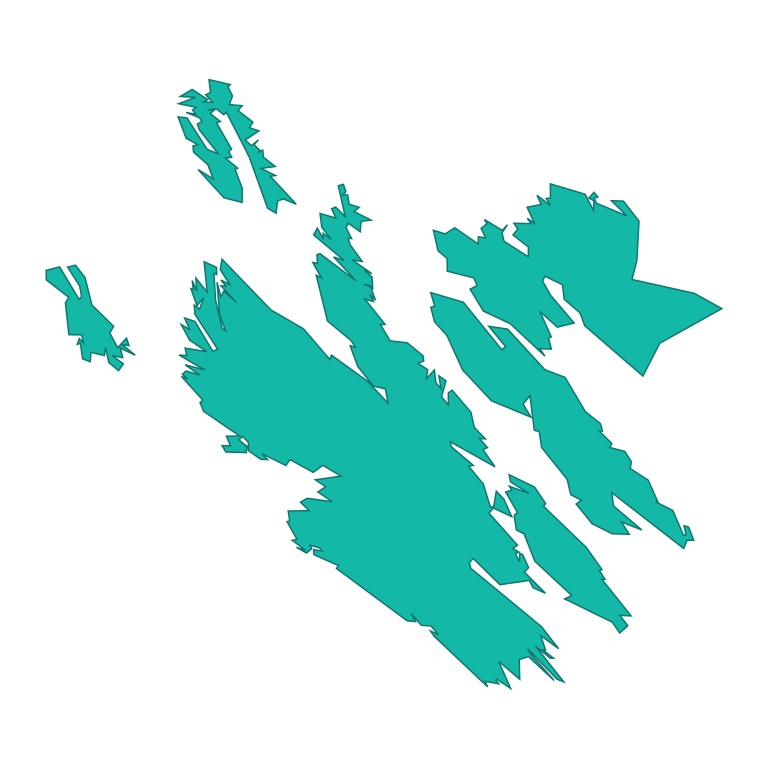 Austrheim nor, Norway
{"feature_id": "86288312B90213483192723", "entity_name": "Austrheim nor", "entity_type": "district", "adm_level": 2, "iso_a3": "NOR", "parent_name": "Norway", "parent_adm1": "", "projection": "mercator", "projection_center": [4.933, 60.784], "detail": "fine", "context": "isolated", "style": "filled", "palette": "teal", "viewbox_px": 768, "rotation_deg": 0, "n_neighbors": 0, "source": "geoboundaries", "source_scale": "gbopen_adm2", "svg_char_len": 6092}
<svg xmlns="http://www.w3.org/2000/svg" viewBox="0 0 768 768"><path d="M345.9,191.9L343.4,184.4L338.3,185.7L345.2,216.5L335.7,207.1L331.6,208.8L336.0,218.1L320.0,213.5L321.8,227.4L331.4,239.4L323.1,233.3L323.5,239.3L317.3,228.1L313.7,235.0L344.1,260.4L333.7,257.0L356.0,280.9L319.9,253.6L316.9,254.7L317.5,263.4L312.8,262.5L321.4,277.8L316.2,275.2L327.5,321.0L350.9,340.4L355.4,347.2L350.2,345.8L357.6,366.2L373.3,386.1L385.4,388.9L388.1,403.3L367.6,381.3L331.4,355.1L329.8,359.5L303.5,328.8L271.0,310.0L222.0,259.2L220.2,269.6L229.8,284.6L220.9,280.0L225.9,286.1L221.0,285.8L236.4,302.5L223.8,291.2L220.9,296.8L217.0,282.2L219.6,314.8L225.6,330.8L222.1,328.1L215.6,300.3L213.9,273.3L216.7,274.5L216.6,267.4L204.1,261.7L207.2,292.1L195.9,278.1L196.7,290.9L192.2,280.5L193.3,289.5L190.9,288.7L197.0,305.6L203.6,297.8L199.6,309.1L194.2,305.1L194.9,314.2L217.6,349.2L212.9,351.3L194.9,321.4L184.6,318.0L189.7,329.5L181.2,324.5L189.7,340.2L206.7,351.7L185.1,348.1L186.7,355.5L179.1,355.1L204.8,370.0L185.1,364.8L199.7,375.0L186.1,371.0L182.4,374.3L187.7,379.0L181.4,376.4L202.8,400.1L200.0,402.5L203.6,411.3L239.6,436.0L226.3,436.2L230.6,445.7L222.1,445.7L225.8,452.0L246.2,452.6L246.9,446.4L238.9,439.9L242.7,436.4L248.4,442.4L248.3,450.6L260.8,459.3L267.7,459.6L261.8,453.6L285.9,465.5L290.0,459.6L313.2,472.4L322.9,465.3L341.0,476.1L315.3,479.8L325.7,486.7L317.9,492.0L332.2,501.7L307.1,498.3L300.5,502.2L309.2,510.7L288.2,511.0L289.7,521.0L287.0,521.6L297.0,539.4L292.2,540.3L305.5,550.3L296.4,547.3L306.5,553.0L311.7,548.8L310.0,545.2L319.6,547.9L322.2,551.0L313.6,549.6L313.9,554.7L338.5,565.6L336.4,568.4L407.1,620.8L415.6,621.6L411.3,613.8L421.4,625.3L431.0,626.0L438.3,634.6L430.5,631.0L434.1,636.2L487.7,686.9L484.9,681.3L498.7,683.8L495.8,680.2L496.9,679.3L510.6,688.4L498.7,661.4L519.7,679.2L519.3,659.5L528.5,656.6L554.1,680.5L530.9,654.3L527.4,648.5L557.0,679.2L563.8,681.9L535.5,646.2L550.3,658.2L553.5,658.2L542.8,649.8L545.6,649.9L540.7,635.6L558.6,648.7L541.5,626.7L470.8,568.3L469.4,562.5L473.2,558.5L499.9,584.7L529.2,580.4L533.1,587.8L545.4,593.2L524.4,572.2L528.6,567.7L522.7,554.7L519.8,553.2L519.3,561.8L515.5,553.7L518.7,552.0L512.8,548.4L517.5,545.2L489.0,513.2L493.3,508.0L511.7,516.6L503.8,499.0L496.3,491.2L493.7,506.6L490.4,507.2L483.3,484.0L468.7,466.3L473.3,465.4L451.4,446.8L450.2,441.7L495.0,466.8L483.0,449.6L487.5,447.6L479.4,438.5L485.4,438.9L474.3,427.4L470.9,412.1L452.1,390.2L448.3,392.9L448.4,404.8L441.5,396.7L446.0,380.8L438.9,375.9L441.0,388.5L435.9,382.9L434.4,370.0L426.3,378.7L427.7,369.7L418.1,363.4L423.7,361.0L423.0,355.7L407.4,342.9L390.1,340.8L380.3,324.5L385.1,324.4L364.9,299.1L373.5,301.5L369.5,294.0L375.5,300.2L370.7,287.1L363.9,284.1L370.6,285.9L372.8,289.5L372.0,277.0L364.5,270.2L371.8,273.7L352.4,259.9L362.2,261.5L350.1,244.7L348.1,238.3L351.6,238.6L346.0,227.6L348.4,223.3L360.2,231.7L361.1,221.3L371.0,220.1L354.1,211.6L359.2,207.4L349.1,204.2L347.7,195.0L342.7,194.9L345.9,191.9ZM639.0,221.1L623.4,201.1L611.5,200.7L626.8,215.9L596.4,203.2L594.3,198.0L597.9,197.0L593.9,192.3L589.0,198.0L593.9,200.9L593.6,210.6L585.1,194.2L550.3,183.9L550.5,198.0L546.2,198.5L550.6,205.7L537.0,195.3L541.2,204.5L527.1,207.2L534.5,223.3L527.3,218.3L531.1,223.6L513.9,223.3L517.8,229.1L513.0,235.0L528.4,247.0L528.3,256.8L504.0,241.2L502.0,232.8L507.5,224.7L502.3,230.4L484.4,219.5L486.9,223.6L481.1,228.4L485.6,237.9L478.4,236.8L478.2,244.0L454.8,227.8L445.3,233.9L433.4,230.3L438.0,250.7L447.1,258.5L447.3,271.2L473.9,277.9L477.1,285.6L470.1,289.2L483.4,311.1L510.3,323.7L544.9,356.1L539.8,348.7L551.4,349.1L548.5,337.9L551.3,336.9L539.9,311.4L557.3,327.2L574.1,323.0L550.6,295.3L542.6,281.1L544.9,276.2L562.5,284.7L564.2,299.3L580.0,312.9L584.7,325.7L642.9,376.1L659.8,343.2L721.9,308.6L694.2,293.3L632.0,279.5L636.9,260.2L639.0,221.1ZM463.3,302.2L430.7,292.6L434.7,306.1L430.8,307.3L434.6,321.9L447.0,335.6L462.7,370.1L491.6,400.9L530.9,417.1L523.1,404.0L530.0,395.7L534.3,430.3L539.2,431.5L541.6,447.5L567.1,479.3L570.8,494.7L581.3,500.2L576.1,504.0L592.1,523.7L612.0,533.7L629.3,534.3L621.3,521.9L641.8,530.0L613.4,505.9L611.9,492.7L683.7,548.5L687.1,540.3L693.7,540.3L688.7,527.2L684.1,525.7L686.0,534.9L683.4,535.1L672.8,510.5L655.5,501.7L657.9,502.0L648.2,480.2L630.2,468.5L631.4,461.7L624.8,451.4L609.8,447.5L611.8,443.5L599.3,431.2L602.4,431.1L600.5,423.7L585.3,411.6L565.1,377.4L544.9,369.7L507.6,329.1L488.8,326.3L505.6,346.6L501.8,349.7L463.3,302.2ZM509.2,474.7L510.5,481.8L528.8,493.4L509.4,486.3L511.8,490.2L505.7,492.0L517.5,512.5L514.2,515.4L516.3,529.8L524.1,534.0L534.9,561.3L571.7,595.5L564.6,598.9L612.3,622.2L619.7,633.0L627.8,625.7L619.9,615.4L631.1,615.9L601.8,579.2L605.1,579.4L599.4,570.6L602.0,569.6L586.3,547.4L543.5,506.3L545.6,503.5L534.6,487.1L509.2,474.7ZM209.0,79.6L210.5,92.5L205.7,94.7L212.6,102.3L203.5,102.0L207.6,99.6L192.1,89.4L180.3,96.5L195.6,97.3L178.7,103.7L196.0,107.3L192.5,110.0L195.7,114.4L186.1,112.4L199.4,117.7L201.9,121.6L197.3,124.0L199.5,130.1L218.2,153.8L207.2,149.4L186.9,117.8L178.1,116.9L186.2,138.3L197.9,144.7L193.0,145.9L193.5,152.0L207.8,164.6L213.2,178.8L198.0,169.5L224.0,197.8L242.1,202.4L242.3,188.5L235.1,169.3L237.7,168.2L225.5,158.2L231.7,157.3L228.7,151.4L231.6,149.2L216.4,122.6L220.4,121.5L210.2,113.6L214.8,109.6L207.6,109.9L216.6,108.9L223.8,114.7L226.4,112.3L249.2,156.9L267.6,208.2L276.1,213.2L277.6,200.9L283.4,198.9L296.2,204.2L270.3,176.3L275.5,175.5L261.0,168.4L275.3,166.5L263.5,157.3L262.7,150.1L257.8,152.7L260.2,150.8L254.0,144.5L258.4,139.9L251.5,145.7L245.2,140.0L258.9,130.9L249.5,127.7L252.9,122.1L238.0,110.5L242.2,105.7L229.4,104.6L232.5,95.9L228.0,87.0L230.2,84.6L209.0,79.6ZM59.6,266.9L46.1,270.4L46.3,279.8L68.8,297.4L65.4,302.9L68.9,334.7L81.6,334.9L83.5,342.8L79.3,338.6L77.3,344.3L80.4,343.3L82.6,358.9L90.3,361.7L90.9,352.3L104.4,355.6L105.6,347.6L108.8,362.5L118.6,370.7L123.4,363.8L112.1,355.6L122.7,357.7L120.4,348.1L135.2,355.2L122.2,344.6L129.0,345.6L126.5,338.1L117.7,347.7L109.8,333.0L113.6,326.3L91.9,305.0L85.1,277.7L75.5,265.2L67.6,267.1L79.7,286.1L81.6,296.7L79.1,299.4L59.6,266.9Z" fill="#14b8a6" stroke="#0f766e" stroke-width="1.5"/></svg>